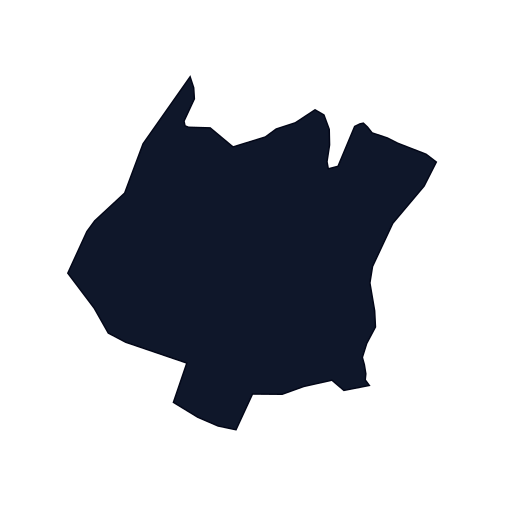 the border of Viesites, rotated 118°
{"feature_id": "LVA-5733", "entity_name": "Viesites", "entity_type": "Municipality", "adm_level": 1, "iso_a3": "LVA", "parent_name": "Latvia", "parent_adm1": "", "projection": "natural_earth1", "projection_center": [25.472, 56.304], "detail": "fine", "context": "isolated", "style": "filled", "palette": "ink", "viewbox_px": 512, "rotation_deg": 118, "n_neighbors": 0, "source": "natural_earth", "source_scale": "10m", "svg_char_len": 867}
<svg xmlns="http://www.w3.org/2000/svg" viewBox="0 0 512 512"><g transform="rotate(118 256 256)"><path d="M209.9,408.4L128.7,398.3L129.1,397.9L136.7,390.0L146.2,384.2L170.7,382.9L174.4,379.8L174.0,376.0L164.4,356.6L170.5,327.5L146.5,303.6L134.4,297.8L119.9,283.8L99.2,272.5L99.6,262.2L109.8,250.8L123.4,243.2L139.4,237.6L145.1,233.1L138.3,225.7L95.3,229.7L90.6,226.3L88.3,223.6L89.8,218.1L92.8,211.3L90.1,195.4L89.9,184.0L86.3,153.6L88.4,140.9L115.3,140.4L162.9,150.6L210.5,148.2L226.3,142.8L248.7,125.5L262.6,117.2L281.2,117.2L295.6,114.5L301.1,109.3L308.5,103.7L314.1,101.4L317.1,95.2L333.4,115.3L330.0,130.7L348.8,152.6L365.8,168.0L379.5,194.3L418.8,192.1L423.9,209.7L425.7,231.6L424.0,260.2L383.0,266.8L393.3,330.5L393.4,350.2L378.0,374.4L359.5,414.1L313.7,416.8L300.6,414.9L262.1,401.5L209.9,408.4Z" fill="#0f172a" stroke="#020617" stroke-width="1.5"/></g></svg>